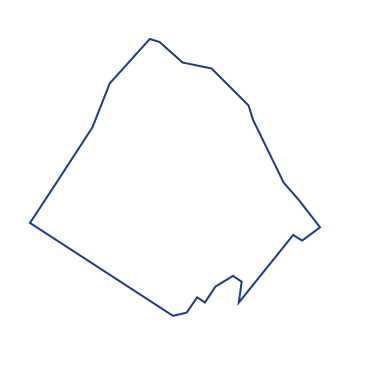 Quitman, Georgia, United States of America, rotated 122°
{"feature_id": "52423323B98878811528478", "entity_name": "Quitman", "entity_type": "district", "adm_level": 2, "iso_a3": "USA", "parent_name": "United States of America", "parent_adm1": "Georgia", "projection": "orthographic", "projection_center": [-85.022, 31.882], "detail": "fine", "context": "isolated", "style": "outline", "palette": "blue", "viewbox_px": 384, "rotation_deg": 122, "n_neighbors": 0, "source": "geoboundaries", "source_scale": "gbopen_adm2", "svg_char_len": 443}
<svg xmlns="http://www.w3.org/2000/svg" viewBox="0 0 384 384"><g transform="rotate(122 192 192)"><path d="M307.1,142.5L297.1,132.6L278.6,131.8L278.9,122.5L259.8,122.0L241.4,112.8L241.8,102.3L261.0,93.7L174.8,83.4L174.9,72.9L154.1,64.7L142.2,97.1L135.5,119.2L98.4,178.6L88.7,189.8L76.9,240.9L87.2,268.6L82.0,299.0L84.6,308.9L143.4,319.3L190.0,310.7L256.6,311.9L304.1,313.0L307.1,142.5Z" fill="none" stroke="#1e3a8a" stroke-width="2"/></g></svg>